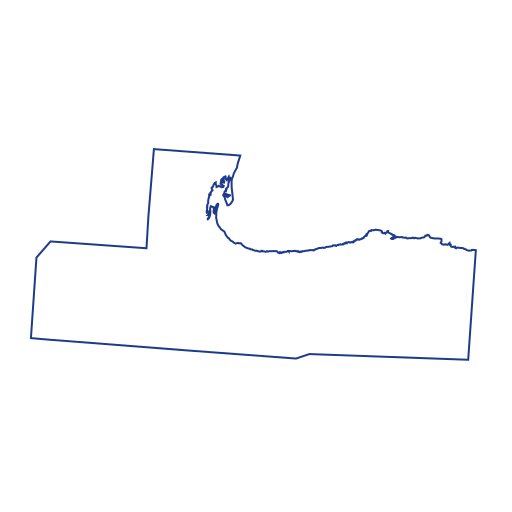 San Antonio, Río Negro, Argentina (Natural Earth projection), rotated 274°
{"feature_id": "61730980B19099504402623", "entity_name": "San Antonio", "entity_type": "district", "adm_level": 2, "iso_a3": "ARG", "parent_name": "Argentina", "parent_adm1": "Río Negro", "projection": "natural_earth1", "projection_center": [-65.004, -40.959], "detail": "fine", "context": "isolated", "style": "outline", "palette": "blue", "viewbox_px": 512, "rotation_deg": 274, "n_neighbors": 0, "source": "geoboundaries", "source_scale": "gbopen_adm2", "svg_char_len": 6162}
<svg xmlns="http://www.w3.org/2000/svg" viewBox="0 0 512 512"><g transform="rotate(274 256 256)"><path d="M256.2,50.0L239.1,37.1L158.4,37.2L158.1,54.0L157.0,194.3L156.5,303.1L161.9,316.1L167.3,474.9L277.1,474.9L277.3,473.1L277.1,472.4L277.3,471.2L276.5,470.3L276.2,467.5L276.6,465.8L277.3,464.8L277.6,463.0L278.1,462.6L278.4,461.0L278.2,458.2L278.5,457.3L278.4,456.3L278.1,455.6L277.7,455.3L277.6,455.0L277.8,454.4L278.1,454.1L279.2,454.0L279.2,453.0L279.0,452.8L278.7,451.5L279.0,450.0L280.3,449.0L280.6,449.5L280.9,449.5L281.4,448.8L281.4,448.5L282.5,448.2L281.7,447.4L281.0,447.5L280.9,446.7L280.5,446.1L280.8,445.1L280.6,444.2L280.9,443.8L280.4,442.5L280.4,441.8L280.8,440.7L282.0,439.3L283.3,440.0L285.5,439.9L286.0,439.6L286.2,436.7L285.9,432.6L286.5,428.6L288.3,427.4L288.4,427.0L288.9,426.7L289.0,425.8L289.0,425.4L288.2,425.0L288.2,423.6L286.6,422.7L286.2,421.9L285.9,420.2L285.1,418.8L284.8,416.3L285.3,413.4L284.7,412.6L285.2,411.2L286.0,410.9L285.0,410.9L284.7,410.5L284.4,406.7L284.1,406.2L284.3,404.9L284.8,404.5L284.6,402.6L284.7,400.9L285.1,400.4L284.7,397.8L284.9,394.7L284.6,394.3L284.0,394.1L283.8,393.7L284.1,392.8L283.6,392.4L284.0,391.9L283.1,392.1L282.7,392.0L282.4,390.5L282.8,389.6L283.5,390.2L283.7,391.4L284.4,391.7L284.2,393.2L285.9,393.0L286.4,392.5L286.9,390.1L287.3,389.9L288.4,387.0L289.1,385.9L290.4,386.1L290.9,386.0L289.9,385.7L289.7,385.2L288.8,385.3L288.4,384.3L288.2,384.3L288.1,383.5L287.9,383.2L287.6,383.2L288.0,382.6L287.6,382.3L287.5,381.9L287.8,380.7L288.4,379.8L289.1,380.0L289.7,379.6L289.9,379.1L290.3,377.7L290.4,374.7L290.7,373.8L290.1,372.7L290.1,372.0L289.9,371.6L290.0,370.8L289.8,370.5L289.9,369.7L289.6,369.0L289.0,368.9L288.9,367.4L288.6,366.9L286.9,366.2L286.4,365.6L284.7,365.2L284.7,364.9L285.0,364.5L284.1,364.2L283.7,364.4L283.4,363.3L282.3,362.3L281.3,362.0L281.1,360.6L280.4,360.3L280.0,359.2L280.0,358.7L279.5,358.0L279.5,357.4L279.7,357.1L279.4,356.6L279.9,356.0L279.8,355.5L278.3,354.3L278.2,354.1L278.5,353.8L277.9,352.9L277.1,352.8L276.3,352.0L276.4,351.5L276.9,351.3L276.5,350.0L276.1,349.6L275.9,349.0L276.4,347.8L276.3,347.2L275.8,346.6L275.6,345.6L275.0,345.6L275.0,345.3L275.6,344.9L275.3,344.6L275.5,344.5L275.5,344.3L274.9,343.3L274.5,343.3L274.3,342.3L273.8,342.2L273.9,341.7L273.6,341.5L273.4,340.8L273.3,339.4L273.5,339.2L273.2,338.7L273.1,337.7L272.7,337.4L272.8,337.0L272.4,336.4L272.1,335.4L271.7,335.3L271.8,334.4L272.2,334.0L272.0,333.6L272.1,332.3L271.1,331.3L270.3,327.9L270.0,325.8L269.6,324.8L269.1,324.4L268.8,323.1L269.1,322.1L268.6,320.6L268.3,318.0L267.7,317.1L266.9,315.0L266.5,314.7L266.5,314.0L266.2,313.5L265.6,313.2L265.8,311.7L265.7,311.4L265.7,309.9L265.4,309.2L265.5,308.4L265.1,307.8L264.6,304.6L264.1,303.5L264.1,302.0L263.7,301.7L263.6,301.2L263.3,301.0L263.5,299.8L263.1,299.7L263.1,299.3L262.8,299.0L263.2,298.4L263.3,297.7L263.6,297.5L263.3,297.3L263.6,296.8L263.5,296.0L263.9,295.3L263.6,294.7L263.8,293.9L263.6,293.4L263.6,292.3L263.3,291.9L263.2,290.8L263.4,289.1L263.3,288.4L262.9,288.4L263.3,288.1L263.2,287.2L262.7,286.9L262.3,286.0L262.1,283.7L261.8,283.1L261.5,283.1L261.5,282.5L261.1,281.8L261.5,281.7L261.3,281.2L261.0,280.8L261.3,280.4L260.7,280.0L260.5,279.3L261.0,279.0L260.6,278.7L260.8,277.9L261.9,276.9L262.3,275.7L261.7,268.9L261.3,267.8L261.3,267.1L261.6,266.6L261.0,266.0L260.9,265.2L261.2,263.5L261.1,262.2L261.6,261.8L261.6,261.1L260.8,260.5L260.7,259.3L260.9,257.5L261.4,256.0L261.2,255.1L261.3,254.4L261.9,252.2L262.3,251.7L262.3,250.0L262.9,249.2L262.9,248.0L263.6,245.6L264.0,244.6L265.7,242.0L266.8,240.8L267.4,240.4L267.7,239.8L267.4,238.3L267.9,237.1L267.6,236.7L267.0,234.7L267.8,232.8L268.5,232.2L269.2,230.7L269.7,229.5L271.9,227.6L271.9,227.1L272.3,226.6L274.7,224.5L277.9,222.9L278.4,222.4L280.1,219.4L283.5,216.5L285.6,215.2L291.3,213.6L293.9,213.5L297.1,213.4L300.2,213.8L304.7,214.8L305.4,214.5L305.3,213.9L304.6,213.5L304.2,213.5L303.7,212.9L302.1,212.5L301.7,211.9L301.3,211.7L299.7,212.0L297.7,211.8L295.8,212.0L295.5,211.8L296.0,211.1L296.7,210.7L297.9,210.5L299.1,210.8L301.7,210.2L302.1,209.6L302.0,208.3L302.7,207.5L302.6,207.4L300.2,206.9L298.7,207.0L297.5,207.4L293.7,207.4L290.6,206.5L289.3,205.4L289.5,205.2L290.6,205.7L291.1,206.4L292.4,206.5L293.8,207.0L294.7,206.5L293.4,205.5L293.4,205.0L294.8,206.2L296.0,206.2L295.9,205.9L296.1,205.8L296.7,205.8L296.5,205.6L296.5,205.1L297.2,205.0L297.3,204.6L297.1,204.3L295.9,204.6L295.7,204.0L296.3,203.7L300.2,204.0L301.2,203.7L301.4,204.0L302.4,204.0L303.1,203.7L305.7,204.7L307.4,204.4L310.2,204.7L311.2,204.9L311.2,205.1L314.2,205.0L314.4,205.8L314.0,206.0L313.8,206.4L314.2,206.5L315.7,206.0L316.1,206.6L317.2,206.8L318.5,208.1L320.3,207.0L321.1,207.0L321.9,208.1L324.3,208.8L326.1,209.8L326.6,210.7L324.8,210.8L323.7,211.5L322.1,211.8L322.8,213.3L323.5,214.1L322.9,215.0L322.9,215.5L322.6,216.0L322.8,216.9L322.3,217.2L322.7,217.7L322.5,218.4L322.6,218.6L323.7,218.9L324.4,217.5L325.1,216.8L325.6,216.6L325.7,216.1L325.4,215.9L325.7,215.7L326.2,216.1L326.7,215.8L327.3,215.8L327.5,216.5L327.3,217.4L329.1,215.9L330.3,216.4L331.0,217.5L331.0,217.9L331.5,217.8L332.1,218.0L333.3,220.0L332.9,220.2L331.1,220.0L330.5,220.4L330.6,221.0L329.9,221.5L330.6,221.6L330.7,221.8L330.5,222.2L331.0,222.0L331.2,222.7L331.9,222.7L333.2,223.3L332.9,223.4L331.5,223.0L330.7,223.8L330.6,224.0L331.3,224.0L332.1,224.7L332.2,224.9L331.9,225.0L326.5,223.4L324.5,223.4L323.0,223.2L320.8,221.4L320.3,221.8L320.1,221.5L319.7,221.3L318.8,221.6L318.5,221.5L318.6,220.7L318.1,220.2L316.8,220.1L316.1,219.7L314.9,220.4L315.1,221.1L315.6,221.2L315.8,221.8L315.1,223.2L314.9,225.7L314.6,225.8L313.8,224.7L314.6,223.9L313.7,223.7L313.3,224.1L312.7,223.5L313.1,222.9L313.9,222.8L313.6,222.5L313.7,221.9L314.1,221.8L314.0,221.4L314.5,221.0L314.7,219.9L315.1,219.4L314.6,219.0L314.2,219.1L312.2,220.7L310.0,221.4L307.5,222.7L304.6,223.9L304.7,225.0L305.8,226.5L307.1,227.5L309.5,228.8L310.8,229.1L323.1,226.9L329.4,226.4L332.1,226.8L333.8,227.5L336.9,228.1L342.9,230.9L346.4,231.2L355.1,233.3L355.5,146.7L288.0,145.9L256.1,146.2L256.2,50.0ZM328.0,219.2L329.9,218.0L329.6,217.3L328.9,217.3L328.7,217.9L327.9,218.5L327.6,219.1L328.0,219.2Z" fill="none" stroke="#1e3a8a" stroke-width="2"/></g></svg>